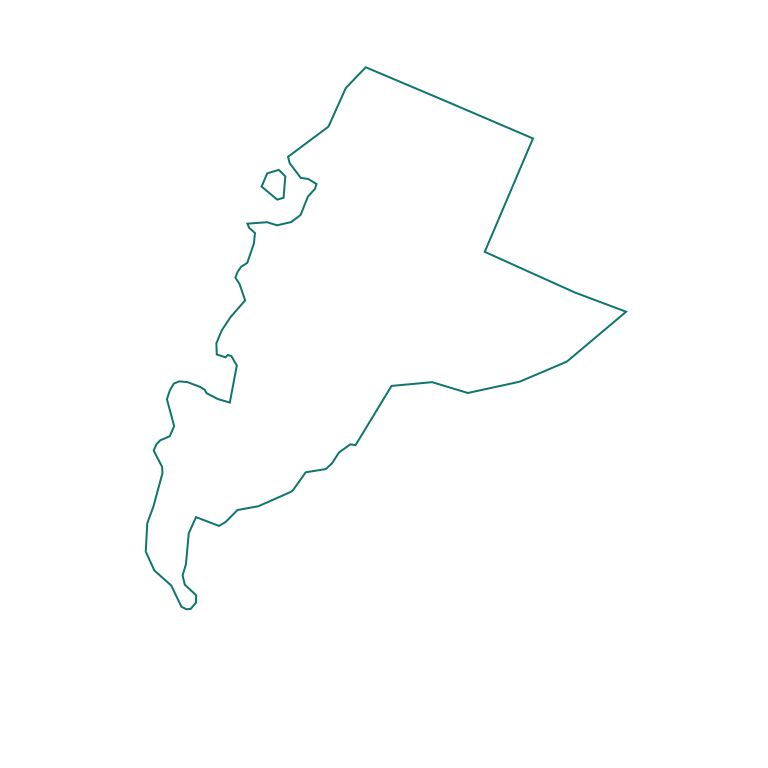 outline of Kitsap, Washington, United States of America, rotated 203°
{"feature_id": "52423323B24057696547970", "entity_name": "Kitsap", "entity_type": "district", "adm_level": 2, "iso_a3": "USA", "parent_name": "United States of America", "parent_adm1": "Washington", "projection": "mercator", "projection_center": [-122.582, 47.672], "detail": "fine", "context": "isolated", "style": "outline", "palette": "teal", "viewbox_px": 768, "rotation_deg": 203, "n_neighbors": 0, "source": "geoboundaries", "source_scale": "gbopen_adm2", "svg_char_len": 1317}
<svg xmlns="http://www.w3.org/2000/svg" viewBox="0 0 768 768"><g transform="rotate(203 384 384)"><path d="M342.8,668.2L440.5,668.5L524.6,668.4L534.8,641.6L535.7,599.2L561.1,555.7L557.1,550.4L541.1,541.2L534.0,543.1L524.3,541.7L523.8,536.7L527.3,526.6L526.8,507.1L532.8,496.7L536.2,494.3L544.4,488.3L554.9,487.2L572.4,478.2L569.0,475.0L561.8,472.6L558.7,462.8L557.2,442.1L561.4,436.0L562.6,429.7L562.3,423.8L556.0,419.6L544.5,406.7L551.3,386.0L554.3,370.1L554.2,356.0L549.5,345.9L540.4,346.6L539.1,349.7L535.4,350.0L526.7,343.5L518.7,306.7L530.9,305.2L543.7,306.2L546.7,308.6L552.0,309.5L565.7,308.9L573.6,306.4L577.6,302.3L578.6,294.6L577.9,285.2L560.7,263.2L560.8,252.2L568.0,244.7L570.0,239.3L569.9,232.6L555.9,221.1L553.1,215.4L548.4,181.3L547.5,163.3L537.8,136.6L522.5,122.6L501.2,115.4L483.4,99.8L477.7,99.5L474.1,101.4L471.7,109.3L474.3,116.1L488.9,121.4L494.6,129.1L495.9,140.7L505.4,170.4L505.0,188.0L480.4,188.9L475.8,195.2L469.7,210.7L451.9,222.4L427.7,248.2L426.3,250.6L421.6,272.1L404.4,282.9L400.9,290.5L398.7,303.4L391.4,315.3L386.3,316.7L376.6,383.2L376.3,385.2L340.4,404.5L303.3,408.5L260.2,439.0L224.4,476.1L189.4,545.1L244.1,542.8L342.9,545.0L342.8,668.2ZM554.3,512.0L549.2,516.2L556.0,536.6L564.5,540.0L573.8,532.3L573.8,517.9L554.3,512.0Z" fill="none" stroke="#0f766e" stroke-width="2"/></g></svg>